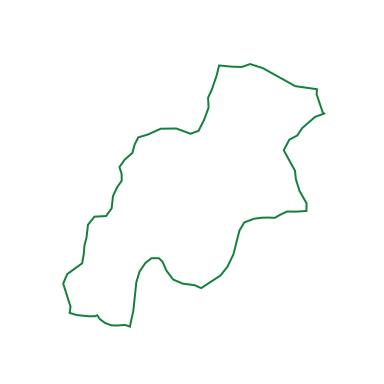 the border of Hsinchu, rotated 257°
{"feature_id": "TWN-1162", "entity_name": "Hsinchu", "entity_type": "County", "adm_level": 1, "iso_a3": "TWN", "parent_name": "Taiwan", "parent_adm1": "", "projection": "natural_earth1", "projection_center": [121.134, 24.693], "detail": "fine", "context": "isolated", "style": "outline", "palette": "green", "viewbox_px": 384, "rotation_deg": 257, "n_neighbors": 0, "source": "natural_earth", "source_scale": "10m", "svg_char_len": 1177}
<svg xmlns="http://www.w3.org/2000/svg" viewBox="0 0 384 384"><g transform="rotate(257 192 192)"><path d="M74.8,101.2L75.0,101.0L77.6,96.7L78.7,89.2L80.2,83.5L83.9,77.9L88.7,73.7L93.2,72.0L92.8,69.7L94.0,63.9L98.0,52.1L101.7,45.6L107.4,47.8L131.8,45.9L140.1,52.0L147.2,68.9L156.2,72.7L163.9,75.1L171.2,78.9L183.5,83.3L189.9,91.4L187.9,102.8L194.1,110.0L205.8,114.1L213.3,120.0L218.9,126.1L225.7,127.5L232.6,126.9L238.7,133.7L243.4,142.6L251.2,146.8L257.3,151.9L257.9,161.7L260.7,175.9L257.4,191.0L249.1,203.6L250.1,212.1L259.3,219.8L270.4,227.1L280.3,228.9L287.5,234.5L300.6,242.6L309.2,246.8L305.0,259.5L302.6,268.8L303.6,277.3L296.9,288.7L271.9,316.4L264.1,336.8L259.0,335.4L240.1,337.3L238.7,338.4L237.5,328.8L229.4,313.6L223.4,307.3L221.1,298.6L212.1,290.8L189.6,297.1L181.1,296.1L168.9,297.0L155.1,301.1L147.8,299.2L149.4,289.3L151.6,280.2L149.9,272.5L148.2,266.8L149.9,260.7L151.3,254.0L152.0,246.4L150.6,236.1L143.7,229.5L121.9,218.3L111.1,209.6L104.2,200.9L96.3,179.3L100.7,173.4L104.8,162.3L111.0,153.9L121.4,149.3L130.7,147.6L134.9,144.9L136.6,137.7L133.3,130.6L126.4,123.1L116.7,117.5L89.7,108.2L74.8,101.2Z" fill="none" stroke="#15803d" stroke-width="2"/></g></svg>